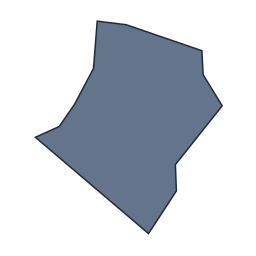 outline of Christ Church Nichola Town, rotated 187°
{"feature_id": "KNA-5099", "entity_name": "Christ Church Nichola Town", "entity_type": "Parish", "adm_level": 1, "iso_a3": "KNA", "parent_name": "Saint Kitts and Nevis", "parent_adm1": "", "projection": "robinson", "projection_center": [-62.761, 17.359], "detail": "fine", "context": "isolated", "style": "filled", "palette": "slate", "viewbox_px": 256, "rotation_deg": 187, "n_neighbors": 0, "source": "natural_earth", "source_scale": "10m", "svg_char_len": 316}
<svg xmlns="http://www.w3.org/2000/svg" viewBox="0 0 256 256"><g transform="rotate(187 128 128)"><path d="M94.8,25.7L218.8,107.5L196.4,121.2L184.0,144.9L169.5,182.9L171.6,230.3L142.6,230.3L64.1,213.7L59.9,190.0L37.2,161.5L76.5,97.5L72.3,71.4L94.8,25.7Z" fill="#64748b" stroke="#1e293b" stroke-width="1.5"/></g></svg>